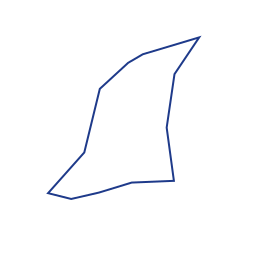 outline of Šmartno ob Paki, rotated 71°
{"feature_id": "SVN-994", "entity_name": "Šmartno ob Paki", "entity_type": "Municipality", "adm_level": 1, "iso_a3": "SVN", "parent_name": "Slovenia", "parent_adm1": "", "projection": "albers", "projection_center": [15.03, 46.342], "detail": "fine", "context": "isolated", "style": "outline", "palette": "blue", "viewbox_px": 256, "rotation_deg": 71, "n_neighbors": 0, "source": "natural_earth", "source_scale": "10m", "svg_char_len": 310}
<svg xmlns="http://www.w3.org/2000/svg" viewBox="0 0 256 256"><g transform="rotate(71 128 128)"><path d="M65.5,31.2L92.2,66.5L140.2,91.3L192.9,101.8L180.8,142.3L179.6,176.5L176.6,204.8L163.6,224.8L136.9,177.3L81.8,141.9L66.4,106.6L63.1,90.0L65.5,31.2Z" fill="none" stroke="#1e3a8a" stroke-width="2"/></g></svg>